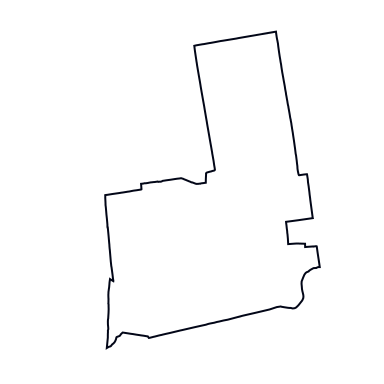 outline of Gangiova, Dolj, Romania, rotated 74°
{"feature_id": "2599482B23662584271310", "entity_name": "Gangiova", "entity_type": "district", "adm_level": 2, "iso_a3": "ROU", "parent_name": "Romania", "parent_adm1": "Dolj", "projection": "mercator", "projection_center": [23.836, 43.895], "detail": "fine", "context": "isolated", "style": "outline", "palette": "ink", "viewbox_px": 384, "rotation_deg": 74, "n_neighbors": 0, "source": "geoboundaries", "source_scale": "gbopen_adm2", "svg_char_len": 5870}
<svg xmlns="http://www.w3.org/2000/svg" viewBox="0 0 384 384"><g transform="rotate(74 192 192)"><path d="M318.5,316.9L317.9,314.7L317.9,313.8L317.9,313.0L317.8,312.6L317.3,311.8L316.7,311.1L316.3,310.3L316.1,309.7L316.0,309.4L315.6,308.8L315.5,308.6L315.3,308.2L314.9,307.7L314.2,307.0L313.8,306.6L313.5,306.4L312.8,305.8L312.4,305.6L311.8,305.2L311.0,304.8L310.8,304.6L310.7,304.4L310.6,304.0L310.6,303.7L310.5,302.3L310.5,302.1L310.4,301.4L310.3,301.1L310.2,300.8L310.1,300.6L309.9,300.5L309.5,300.0L309.1,299.6L309.0,299.3L308.4,298.2L308.0,297.4L308.1,297.2L308.2,296.9L310.0,293.0L311.4,290.0L312.3,287.9L313.8,284.8L315.2,281.7L315.7,280.7L316.6,278.6L317.0,277.7L317.5,276.7L318.4,274.8L318.6,274.3L319.5,274.0L320.4,273.7L320.5,272.8L320.6,269.9L320.6,268.9L320.7,267.8L320.8,263.6L320.9,261.7L321.0,260.7L321.0,259.7L321.2,255.7L321.4,252.7L321.5,250.5L321.9,241.1L322.0,239.9L322.3,234.1L322.5,230.2L322.8,224.7L323.1,219.8L323.4,215.2L323.3,212.8L323.4,210.8L323.8,206.6L323.8,203.9L324.0,201.7L324.2,197.1L324.6,192.8L324.9,177.4L325.6,164.6L326.3,149.8L326.0,142.2L326.5,138.3L327.2,137.2L327.4,136.7L328.0,135.5L328.6,134.2L329.2,132.9L329.8,131.6L330.3,130.3L330.7,129.0L330.8,128.8L331.3,128.0L331.7,127.3L332.0,125.3L331.9,124.7L331.7,123.7L330.6,121.6L330.0,120.6L326.7,116.0L325.9,115.3L324.7,114.3L323.2,113.7L321.7,113.4L319.9,113.3L317.4,113.2L316.6,113.1L316.1,113.1L315.0,112.9L313.1,112.5L310.4,112.0L308.1,111.2L306.8,110.2L304.7,108.6L302.4,106.7L301.1,105.0L300.7,103.8L300.5,101.8L300.1,101.3L299.8,100.6L299.4,99.4L298.7,96.3L298.7,96.0L299.3,93.5L299.2,93.3L299.0,92.1L299.0,91.7L299.0,91.3L299.2,90.6L299.4,89.9L295.9,89.4L285.1,88.0L280.2,87.3L278.7,87.1L278.6,87.3L278.3,87.6L278.1,88.9L277.9,90.5L277.7,90.6L276.7,95.4L276.1,98.4L272.9,97.6L272.8,97.9L270.7,104.5L270.3,105.9L269.9,107.7L269.5,109.6L268.6,113.9L263.3,112.7L260.7,112.2L259.2,111.9L257.6,111.7L255.8,111.3L253.0,110.9L250.2,110.4L247.5,110.0L246.6,109.8L247.5,103.8L248.4,97.7L250.4,83.1L250.2,83.1L232.4,80.5L230.7,80.2L228.7,79.9L226.7,79.6L224.5,79.2L221.2,78.7L218.6,78.3L214.6,77.8L211.8,77.2L207.0,76.6L206.6,76.6L206.5,77.0L206.0,79.9L205.5,83.8L205.4,84.4L205.2,84.6L204.2,84.7L202.7,84.6L201.3,84.5L198.8,84.2L197.5,83.9L196.2,83.6L194.9,83.4L193.5,83.2L190.7,82.7L189.3,82.5L187.4,82.2L185.5,81.9L183.8,81.8L178.2,80.9L176.7,80.7L174.6,80.4L170.4,79.8L165.7,79.2L162.9,78.8L159.3,78.4L158.4,78.3L157.1,78.1L156.1,78.0L154.6,77.8L153.3,77.6L150.0,77.3L149.7,77.2L148.9,77.2L147.4,77.1L145.1,76.8L143.3,76.6L140.5,76.3L137.5,76.0L136.1,75.8L135.3,75.8L134.0,75.7L132.2,75.5L130.7,75.3L129.4,75.2L127.6,75.0L125.7,74.8L124.4,74.7L122.4,74.4L119.1,74.1L116.1,73.7L112.2,73.3L111.0,73.2L107.3,72.8L106.3,72.7L105.1,72.6L104.3,72.5L102.1,72.3L96.5,71.6L93.8,71.2L91.5,71.0L89.2,70.7L85.6,70.3L84.1,70.1L81.8,69.8L75.5,68.9L72.6,68.4L72.1,68.4L70.2,68.2L68.5,68.1L66.5,67.9L65.0,67.7L61.5,67.2L61.0,67.1L57.0,103.7L56.9,104.6L56.7,107.2L55.1,120.6L54.8,122.7L54.6,124.9L54.3,128.2L54.1,130.3L53.8,133.2L53.7,133.8L53.5,135.6L53.1,139.8L52.9,141.0L52.6,143.6L52.2,147.4L52.1,149.5L57.2,150.3L68.5,151.8L68.8,151.8L71.7,152.2L81.6,153.3L88.2,154.0L91.6,154.4L93.1,154.6L98.6,155.2L107.2,156.1L113.2,156.7L114.0,156.8L117.4,157.2L125.5,158.1L128.4,158.4L130.8,158.7L132.6,158.9L134.5,159.1L136.4,159.3L141.1,159.8L148.5,160.6L150.4,160.8L153.4,161.1L159.9,161.8L160.3,161.9L161.3,162.0L162.4,162.1L168.1,162.7L172.4,163.3L173.4,163.4L175.3,163.6L176.6,163.8L176.8,163.8L177.1,164.0L177.3,164.2L177.4,164.4L177.4,164.6L177.5,164.9L177.4,166.8L177.5,167.7L177.4,169.5L177.4,171.2L177.4,172.1L177.4,172.3L177.5,172.6L177.6,172.8L177.7,173.0L177.8,173.2L178.3,173.5L178.6,173.5L182.4,174.8L183.6,175.2L186.9,176.2L186.7,177.6L186.6,178.5L186.3,180.2L186.2,181.0L186.2,181.3L186.3,181.6L186.0,182.8L185.9,183.7L185.5,185.3L185.4,185.5L185.2,185.9L184.9,186.4L184.2,187.3L183.3,188.5L183.0,188.8L182.9,189.3L182.7,189.5L182.5,189.9L182.4,190.1L182.1,190.4L181.7,190.8L181.1,191.6L180.5,192.4L179.9,193.1L179.3,193.9L178.7,194.6L177.6,196.1L177.0,196.7L176.3,197.8L176.0,198.2L175.7,198.8L175.7,199.0L175.6,199.8L175.5,200.6L175.2,202.2L175.1,202.9L175.0,203.7L174.8,205.1L174.6,206.8L174.4,208.4L174.3,209.2L173.7,213.3L173.6,214.1L173.5,214.9L173.4,215.7L173.2,217.2L173.4,217.9L173.5,218.4L173.5,218.6L173.4,219.6L173.2,220.1L173.1,220.7L173.0,220.9L173.0,221.1L173.0,221.4L172.9,221.8L172.5,222.1L172.4,222.5L172.3,224.1L172.2,224.3L172.1,225.2L171.8,226.6L171.6,228.0L171.4,228.9L171.2,230.9L171.2,231.3L171.1,232.3L170.9,233.8L170.5,235.4L170.5,236.1L170.3,237.6L170.1,238.7L175.4,239.8L175.5,239.9L175.6,240.6L175.5,240.8L175.4,241.9L175.0,245.1L174.6,247.7L174.4,249.8L174.4,250.0L174.3,251.3L174.2,252.4L174.0,253.6L173.7,256.2L173.4,258.7L173.2,260.0L172.9,262.6L172.0,269.0L171.4,274.0L171.2,275.3L171.1,276.0L171.1,276.3L172.1,276.5L173.7,277.0L177.6,277.9L179.6,278.4L180.1,278.5L180.3,278.6L180.5,278.7L181.4,278.8L183.2,279.1L186.8,279.8L190.3,280.5L193.8,281.1L195.4,281.4L197.0,281.7L200.0,282.3L200.5,282.4L201.3,282.7L202.4,282.9L202.4,282.7L202.7,282.7L205.9,283.3L207.5,283.6L210.7,284.2L213.8,284.8L218.9,285.8L219.1,285.8L221.8,286.4L224.4,286.9L224.7,286.9L225.7,287.1L233.8,288.7L236.3,289.2L239.8,289.8L240.9,290.0L242.2,290.1L249.7,291.2L253.3,291.8L255.8,292.1L256.0,292.2L255.7,292.5L253.8,294.2L253.6,294.4L253.1,294.8L254.4,295.4L256.2,296.2L258.1,296.9L260.7,297.9L262.0,298.5L265.2,299.9L265.9,300.1L266.8,300.4L267.6,300.7L270.2,301.4L271.3,301.6L271.7,301.8L272.1,301.8L272.6,302.0L275.3,302.8L276.1,303.1L276.3,303.2L276.5,303.1L277.6,303.3L278.5,303.6L281.6,304.4L285.3,305.6L288.4,306.7L290.7,307.5L291.1,307.8L293.1,308.5L295.3,309.1L296.5,309.4L298.2,309.7L300.1,310.1L300.8,310.3L301.9,311.0L302.7,311.2L303.8,311.5L304.9,311.9L307.2,312.6L308.3,312.9L308.9,313.1L318.5,316.9Z" fill="none" stroke="#020617" stroke-width="2"/></g></svg>